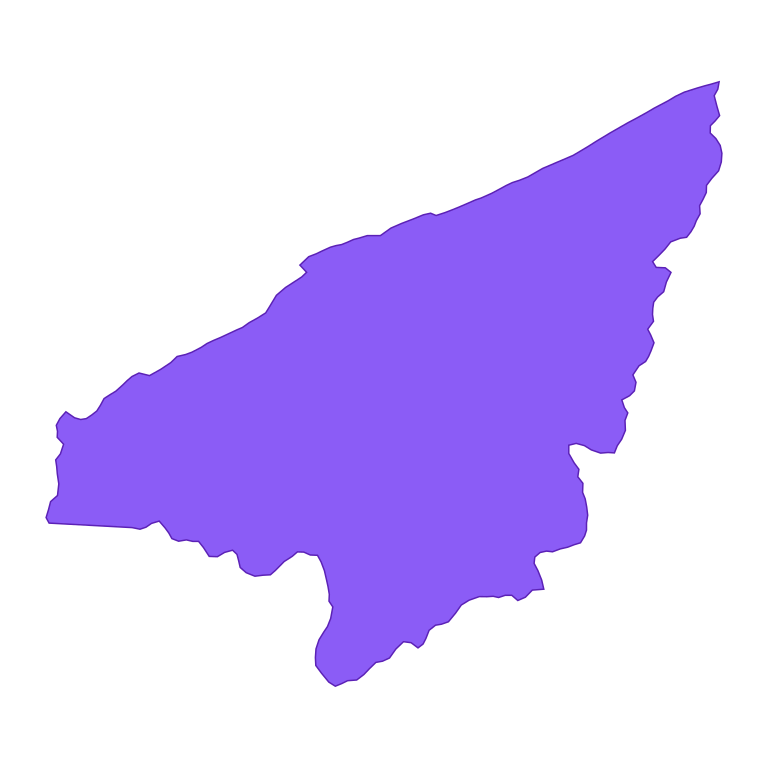 Sapucaia, Rio de Janeiro, Brazil
{"feature_id": "56859067B28988673351798", "entity_name": "Sapucaia", "entity_type": "district", "adm_level": 2, "iso_a3": "BRA", "parent_name": "Brazil", "parent_adm1": "Rio de Janeiro", "projection": "albers", "projection_center": [-42.818, -22.019], "detail": "fine", "context": "isolated", "style": "filled", "palette": "violet", "viewbox_px": 768, "rotation_deg": 0, "n_neighbors": 0, "source": "geoboundaries", "source_scale": "gbopen_adm2", "svg_char_len": 3259}
<svg xmlns="http://www.w3.org/2000/svg" viewBox="0 0 768 768"><path d="M249.1,322.7L242.4,327.5L237.0,329.8L230.8,332.7L220.5,337.5L213.6,340.4L207.0,343.5L201.3,347.3L191.9,352.2L185.7,354.5L177.1,356.5L170.8,362.6L160.6,369.4L149.5,375.6L139.0,373.0L132.0,376.5L127.3,380.5L122.7,385.0L115.8,391.2L111.0,394.1L104.1,398.5L100.5,405.2L96.8,411.0L91.7,415.0L86.3,418.6L80.7,419.5L74.6,417.8L65.9,411.8L59.9,418.6L56.3,425.3L57.5,431.3L57.2,437.3L63.6,444.2L60.4,453.9L55.7,459.9L56.7,466.7L57.3,473.8L58.8,483.9L57.5,495.5L50.6,501.6L48.5,509.7L46.1,517.6L49.1,523.1L132.1,527.6L140.0,529.2L146.0,527.2L151.5,523.4L159.2,521.1L165.0,527.8L168.8,533.0L171.9,538.6L178.6,541.2L186.4,539.9L192.8,541.4L198.6,541.4L203.5,547.6L209.2,556.4L217.4,556.7L224.6,552.4L232.6,550.2L237.0,554.4L238.7,560.9L240.2,567.5L246.2,572.7L254.9,576.2L263.1,575.2L270.4,574.8L275.4,570.4L284.2,561.5L292.3,556.3L297.4,551.9L303.8,552.1L310.3,555.0L317.5,555.3L321.1,561.9L324.4,570.6L326.5,579.7L328.0,586.5L329.3,594.3L329.0,601.2L332.8,606.9L330.7,618.4L327.5,626.5L323.8,632.0L319.0,639.8L316.0,648.9L315.4,657.6L315.8,665.5L321.5,673.2L328.8,682.1L335.3,686.2L341.7,683.6L347.6,680.7L356.7,680.0L363.9,674.5L369.5,668.6L375.9,662.4L382.5,661.2L389.5,658.0L395.8,649.1L403.5,641.7L411.1,642.7L418.0,647.9L423.1,644.0L425.9,638.5L429.1,630.3L435.5,625.2L441.5,624.2L448.4,621.8L455.5,613.2L461.3,605.0L469.1,600.2L479.3,596.6L487.0,596.7L493.2,596.3L498.6,597.5L505.2,595.3L511.8,595.3L517.8,600.5L525.4,597.2L532.3,590.1L543.8,589.2L541.7,580.1L537.9,570.6L534.1,563.4L534.8,557.1L540.1,552.5L546.5,551.1L552.5,551.8L560.3,548.9L567.7,547.2L574.2,544.7L580.5,542.8L584.6,536.0L586.5,530.1L586.5,522.9L587.7,515.2L586.7,507.0L585.2,498.9L582.6,492.4L582.9,483.3L577.8,476.8L578.9,469.3L574.1,462.8L568.8,453.5L568.8,445.2L576.2,443.4L584.4,445.6L591.3,449.9L600.6,453.1L608.1,452.5L614.4,452.9L617.3,445.7L621.7,439.2L625.4,430.4L625.0,420.4L627.8,412.9L624.4,407.7L621.8,399.9L629.6,395.7L634.4,390.9L636.0,382.3L632.9,374.9L639.0,365.8L645.6,361.5L648.6,356.4L651.0,350.9L654.0,342.8L650.7,335.0L647.7,329.2L653.5,321.3L652.5,314.5L652.8,308.3L653.7,302.2L657.6,297.0L663.7,291.7L666.4,282.0L671.0,272.4L665.3,267.8L656.2,267.4L652.6,261.6L658.9,255.4L664.9,249.2L670.7,241.9L680.3,238.2L686.6,237.3L690.9,231.8L694.2,226.2L696.3,220.7L700.1,213.8L699.6,205.7L703.2,199.0L706.3,192.5L706.5,185.4L711.7,178.5L718.6,170.8L721.3,162.0L721.9,153.3L720.2,145.4L715.9,138.6L710.2,133.0L710.4,125.7L715.0,121.1L719.6,115.6L716.9,106.2L714.2,95.7L717.8,89.2L719.1,81.8L710.6,84.3L705.2,85.7L697.3,88.0L684.4,92.1L675.6,96.3L668.1,100.8L659.4,105.4L653.9,108.3L646.6,112.6L635.0,119.0L628.0,122.7L610.5,132.7L596.1,141.4L587.9,146.6L573.1,155.4L542.7,168.4L527.7,177.0L519.4,180.3L512.3,182.6L506.2,185.5L500.9,188.4L491.7,193.3L480.9,198.1L475.5,199.9L459.2,207.0L450.5,210.5L445.0,212.6L436.1,215.5L430.6,213.2L423.4,214.8L413.2,219.0L401.7,223.4L390.9,228.1L380.4,235.6L374.0,235.6L367.3,235.6L359.0,238.1L353.5,239.5L347.3,242.3L341.5,244.6L336.0,245.6L330.4,247.2L321.6,251.2L316.2,253.8L308.7,256.7L299.9,265.1L306.6,272.3L301.8,276.9L296.0,280.7L285.5,287.5L276.4,295.3L269.6,306.6L265.7,312.9L257.4,318.1L249.1,322.7Z" fill="#8b5cf6" stroke="#5b21b6" stroke-width="1.5"/></svg>